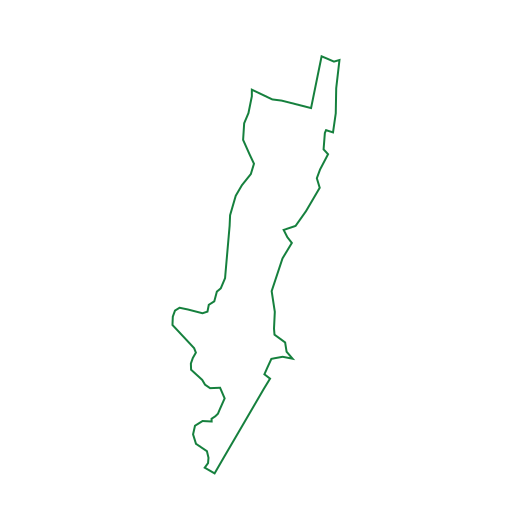 Vlahita, Harghita, Romania (Natural Earth projection), rotated 207°
{"feature_id": "2599482B79706795726804", "entity_name": "Vlahita", "entity_type": "district", "adm_level": 2, "iso_a3": "ROU", "parent_name": "Romania", "parent_adm1": "Harghita", "projection": "natural_earth1", "projection_center": [25.507, 46.304], "detail": "fine", "context": "isolated", "style": "outline", "palette": "green", "viewbox_px": 512, "rotation_deg": 207, "n_neighbors": 0, "source": "geoboundaries", "source_scale": "gbopen_adm2", "svg_char_len": 1301}
<svg xmlns="http://www.w3.org/2000/svg" viewBox="0 0 512 512"><g transform="rotate(207 256 256)"><path d="M219.3,114.9L218.6,102.1L218.3,98.2L219.5,94.7L221.7,90.8L220.4,88.4L228.7,84.7L233.3,77.1L231.1,68.5L227.6,64.9L224.2,61.4L211.1,59.8L206.7,54.6L204.7,49.7L205.6,44.1L194.2,43.5L193.7,53.0L193.2,62.4L191.2,97.2L188.7,141.5L187.8,153.1L194.8,154.4L195.2,161.5L195.6,171.3L193.2,173.2L186.5,178.3L176.8,181.1L185.3,184.6L190.8,192.2L203.8,194.3L207.0,199.5L213.9,214.8L226.1,231.8L231.3,265.9L230.0,283.9L236.6,287.0L243.2,291.8L234.4,300.8L231.8,318.7L230.2,345.7L237.1,352.9L238.2,362.2L238.0,379.4L244.2,381.7L250.5,396.9L250.7,399.9L243.5,401.1L249.7,419.3L260.7,441.9L270.6,468.5L274.8,464.6L282.9,464.1L288.2,463.7L274.1,412.8L303.7,406.1L312.6,402.9L335.2,402.3L332.2,396.4L327.6,379.9L326.8,368.9L320.2,353.6L307.7,343.5L299.7,337.3L297.8,326.7L300.7,312.7L301.4,300.5L299.5,290.5L297.6,280.6L293.2,270.9L275.7,227.6L273.5,222.2L272.7,211.2L273.7,208.8L274.7,206.5L272.6,196.7L275.9,191.1L274.0,184.4L277.7,180.7L292.5,177.4L296.5,176.3L300.6,175.2L303.4,170.6L302.6,164.2L299.1,156.6L294.1,154.8L278.1,149.0L269.3,145.8L265.7,142.6L266.0,136.5L265.2,130.6L262.2,125.2L247.7,121.2L243.0,118.2L236.9,117.4L228.2,122.3L219.3,114.9Z" fill="none" stroke="#15803d" stroke-width="2"/></g></svg>